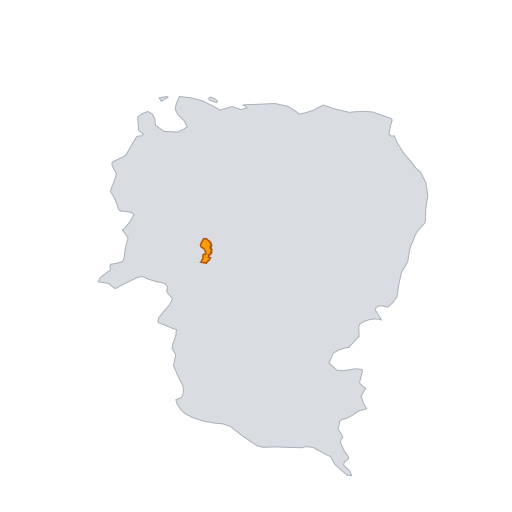 Kang Meas, Kâmpóng Cham, Cambodia shown in context, rotated 111°
{"feature_id": "14789045B63152664596772", "entity_name": "Kang Meas", "entity_type": "district", "adm_level": 2, "iso_a3": "KHM", "parent_name": "Cambodia", "parent_adm1": "Kâmpóng Cham", "projection": "natural_earth1", "projection_center": [105.15, 11.935], "detail": "fine", "context": "in_parent", "style": "filled", "palette": "amber", "viewbox_px": 512, "rotation_deg": 111, "n_neighbors": 0, "source": "geoboundaries", "source_scale": "gbopen_adm2", "svg_char_len": 6224}
<svg xmlns="http://www.w3.org/2000/svg" viewBox="0 0 512 512"><g transform="rotate(111 256 256)"><path d="M426.8,88.0L427.9,92.4L425.1,100.5L422.1,107.9L416.5,114.4L416.3,119.1L414.4,133.3L415.1,137.8L416.4,141.7L418.3,143.8L423.2,157.7L427.6,170.3L432.0,180.7L432.8,187.2L428.9,203.9L424.2,219.1L424.6,226.7L426.7,234.3L428.8,244.5L429.7,257.5L428.5,265.9L426.4,271.2L422.4,276.6L418.9,279.3L414.6,274.8L411.2,274.6L406.7,275.9L403.1,278.0L395.9,286.0L387.9,293.7L376.8,295.6L372.4,301.3L367.8,302.1L359.0,302.4L353.3,303.8L353.5,306.6L353.1,320.2L353.2,323.4L352.3,324.2L348.3,324.6L341.6,322.5L332.4,319.2L325.9,318.6L322.6,324.6L320.6,326.9L318.1,327.2L315.6,328.3L314.7,330.9L314.5,334.2L315.7,339.8L316.2,348.8L315.9,354.9L318.3,358.8L332.2,371.8L336.4,375.0L336.8,377.0L334.4,384.0L336.6,394.0L332.2,393.8L324.9,389.5L321.4,386.9L317.2,389.0L315.7,388.6L312.9,383.7L309.1,378.7L305.3,378.4L297.2,380.4L288.8,381.7L285.7,381.7L284.4,382.6L279.6,390.0L277.5,388.8L269.2,385.9L261.5,384.8L260.0,386.8L260.9,392.8L262.6,398.7L261.6,401.2L257.4,404.4L251.8,410.0L248.4,414.3L246.1,415.4L237.6,415.2L229.2,415.8L225.8,419.9L222.7,423.1L219.9,424.0L208.9,413.8L187.1,410.2L184.7,405.8L182.6,404.9L180.6,410.7L168.6,416.3L163.6,412.9L159.9,408.8L160.5,403.8L164.0,399.7L169.9,396.8L172.7,386.5L168.2,373.3L164.2,369.5L160.0,366.5L155.6,371.4L151.9,379.7L148.0,384.1L142.5,385.0L134.5,384.7L131.4,372.2L130.4,361.4L131.5,349.2L132.7,341.9L125.1,331.9L124.6,322.4L120.9,317.4L119.8,319.9L119.9,322.7L118.9,320.7L106.8,292.7L104.8,279.7L106.9,269.7L108.1,266.4L104.6,261.1L99.7,255.1L91.0,247.3L90.4,234.9L88.5,220.3L85.9,215.4L82.0,206.4L79.8,198.9L79.2,179.2L80.3,177.6L86.4,177.1L94.4,175.7L95.6,172.5L94.2,169.9L99.3,165.4L106.6,155.6L112.2,145.4L116.3,138.9L118.7,132.5L126.9,123.5L138.2,117.2L145.8,115.7L153.7,113.6L161.4,110.6L165.0,110.3L174.4,114.0L179.5,114.9L184.9,114.8L190.5,115.2L195.3,114.8L206.9,112.3L219.2,114.3L230.2,112.7L243.7,109.8L250.4,111.6L256.5,114.6L257.3,120.6L258.7,123.3L260.8,125.4L263.5,125.4L266.9,121.2L269.8,116.9L270.8,116.1L270.9,118.3L272.3,122.9L274.9,127.5L277.5,130.6L281.9,134.7L284.8,134.9L294.0,131.0L308.0,136.6L309.6,139.4L314.1,145.1L319.0,149.1L329.8,149.4L333.7,139.4L331.8,133.3L325.6,122.7L323.9,116.4L325.9,115.3L336.4,114.1L338.1,112.9L340.4,106.0L343.2,106.7L349.1,107.6L355.2,102.9L358.8,98.0L360.8,100.2L363.0,103.7L365.4,105.7L369.8,108.7L374.7,112.9L377.7,117.0L380.1,118.6L386.4,117.5L388.0,117.6L391.6,112.6L394.2,109.9L396.3,110.7L399.5,110.6L406.0,104.3L409.7,98.5L411.7,96.9L417.5,99.8L419.8,99.2L423.2,91.2L426.8,88.0ZM127.3,355.6L126.1,356.4L125.0,356.4L123.9,355.2L124.0,350.7L124.8,347.9L126.8,347.4L127.3,355.6ZM145.5,399.9L143.1,403.0L139.2,396.7L139.2,395.0L145.5,399.9Z" fill="#d9dde1" stroke="#a8b0b8" stroke-width="1"/><path d="M257.6,309.0L257.8,309.1L258.0,309.2L258.0,309.3L258.1,309.5L258.3,309.6L258.3,309.8L258.4,310.0L258.5,310.3L258.5,310.5L258.8,310.8L258.7,311.1L258.8,311.1L259.1,311.2L259.4,311.2L259.7,311.3L260.0,311.3L260.4,311.3L260.7,311.4L261.0,311.4L261.3,311.5L261.7,311.5L261.9,311.5L262.2,311.6L262.4,311.7L262.9,311.8L263.2,311.8L263.5,311.8L263.7,311.7L263.8,311.7L264.1,311.7L264.4,311.7L265.2,311.8L265.4,311.8L265.6,311.7L265.8,311.7L266.1,311.5L266.4,311.3L266.5,311.2L267.0,310.7L267.2,310.4L267.3,310.0L267.4,309.8L267.5,309.4L267.5,308.7L267.6,308.4L267.6,308.1L267.6,307.9L267.7,307.7L267.8,307.5L267.9,307.2L268.1,306.9L268.4,306.5L268.8,305.9L269.1,305.6L269.5,305.3L269.9,305.0L270.1,304.8L270.2,304.5L270.3,304.3L270.6,304.1L271.3,303.7L271.6,303.6L272.0,303.6L272.3,303.7L272.7,303.8L272.7,304.1L272.7,304.3L272.7,304.7L272.8,305.3L273.0,305.5L273.6,305.7L273.8,305.8L274.2,305.7L274.6,305.7L274.8,305.6L275.1,305.6L275.3,305.4L275.4,305.1L275.5,305.0L276.0,304.9L276.8,304.8L277.4,304.9L277.6,304.9L278.1,304.9L278.4,304.9L278.6,304.9L279.1,304.9L279.4,304.9L279.8,305.0L280.2,305.0L280.4,305.0L280.7,305.1L281.0,305.1L281.4,305.1L281.5,305.2L281.5,304.9L281.5,304.6L281.5,304.4L281.4,304.1L281.3,303.9L281.2,303.8L281.1,303.6L281.1,303.1L281.1,302.9L281.2,302.7L280.9,302.3L280.9,302.1L280.8,301.3L280.8,301.1L280.7,300.9L280.5,300.2L280.4,300.1L280.4,299.8L280.1,299.9L279.9,300.0L279.7,300.0L279.6,299.9L279.4,299.7L279.2,299.6L279.1,299.4L278.8,299.3L278.7,299.3L278.3,299.3L278.2,299.2L277.9,299.0L277.6,298.8L277.5,298.6L277.2,298.5L276.7,298.3L276.6,298.2L276.4,298.2L276.3,298.3L276.2,298.3L276.1,298.2L275.9,298.3L275.7,298.3L275.6,298.2L275.4,298.2L275.2,298.1L274.8,298.1L274.7,298.1L274.3,298.0L274.3,297.9L274.1,297.8L274.1,298.1L274.1,298.3L274.2,298.5L274.2,298.8L274.1,299.0L274.2,299.6L274.2,299.9L274.0,299.7L273.9,299.7L273.7,299.8L273.4,299.9L273.4,300.0L273.2,300.1L272.9,300.1L272.7,300.0L272.4,300.3L272.3,300.2L272.2,300.2L272.2,300.3L271.9,300.3L271.9,300.2L271.7,300.2L271.6,300.3L271.4,299.6L271.3,299.4L270.8,299.3L270.7,299.2L270.4,298.9L269.9,299.0L269.7,299.1L269.6,299.3L269.6,299.5L269.4,299.6L269.2,299.6L269.3,298.7L269.2,298.6L268.9,298.4L268.7,298.4L268.5,298.5L268.4,298.7L268.1,299.1L267.9,299.2L267.8,299.3L267.7,299.3L267.5,299.5L267.4,299.6L267.0,299.4L266.9,299.4L266.8,299.5L266.7,299.5L266.6,299.4L266.4,299.4L266.2,299.4L266.0,299.6L265.8,299.6L265.7,299.6L265.7,299.8L265.7,300.0L265.8,300.1L265.8,300.4L265.8,300.6L265.7,300.7L265.5,300.8L265.4,300.8L265.3,300.7L265.1,300.5L264.8,300.8L264.7,300.9L264.6,301.0L264.4,301.0L264.1,301.0L264.1,301.3L264.1,301.6L264.3,301.8L264.2,301.8L264.0,301.7L263.8,301.8L263.7,301.8L263.7,301.7L263.4,301.4L263.2,301.3L263.1,301.5L263.2,301.8L263.0,301.7L262.9,301.7L262.7,301.7L262.6,301.4L262.4,301.2L262.2,301.2L262.2,301.3L262.2,301.5L261.9,301.7L261.7,301.7L261.7,301.9L261.7,302.0L261.4,302.0L261.2,302.0L260.9,302.2L260.6,302.3L260.3,302.5L260.2,302.7L260.2,302.8L260.2,303.0L259.9,303.1L259.9,303.3L259.8,303.5L259.7,303.5L259.8,303.7L259.7,303.7L259.6,303.9L259.6,304.0L259.4,304.1L259.3,304.3L259.2,304.4L259.2,304.5L259.1,304.8L259.0,305.0L258.7,305.0L258.6,305.3L258.7,305.5L258.7,305.9L258.7,306.0L258.5,306.3L258.5,306.5L258.4,306.6L258.3,306.9L258.3,307.0L258.2,307.1L258.1,307.3L257.9,307.5L257.8,308.0L257.7,308.3L257.7,308.6L257.7,308.8L257.6,309.0Z" fill="#f59e0b" stroke="#b45309" stroke-width="1.5"/></g></svg>